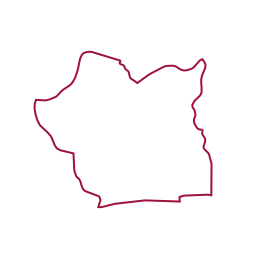 the Region of Maritime, rotated 13°
{"feature_id": "TGO-87", "entity_name": "Maritime", "entity_type": "Region", "adm_level": 1, "iso_a3": "TGO", "parent_name": "Togo", "parent_adm1": "", "projection": "natural_earth1", "projection_center": [1.275, 6.502], "detail": "fine", "context": "isolated", "style": "outline", "palette": "rose", "viewbox_px": 256, "rotation_deg": 13, "n_neighbors": 0, "source": "natural_earth", "source_scale": "10m", "svg_char_len": 1652}
<svg xmlns="http://www.w3.org/2000/svg" viewBox="0 0 256 256"><g transform="rotate(13 128 128)"><path d="M116.9,211.7L117.4,204.4L115.2,201.1L100.4,199.1L97.9,197.6L96.0,195.0L93.6,190.8L92.2,189.0L90.9,188.1L89.5,187.5L88.1,186.3L85.3,181.7L80.6,165.0L66.9,164.9L63.2,163.8L60.9,161.7L55.0,153.6L50.5,150.3L41.6,145.2L37.8,140.7L35.0,135.7L32.8,130.7L31.7,125.6L32.0,121.3L34.1,120.9L41.3,119.7L44.3,118.4L50.6,113.9L51.2,113.2L52.4,111.5L54.2,108.1L55.9,105.6L61.2,100.0L62.4,98.3L63.3,96.8L64.1,94.8L65.3,90.2L66.0,82.1L65.7,72.2L66.0,69.7L66.6,67.2L67.3,65.8L68.2,64.8L69.8,63.8L71.6,62.9L75.1,62.0L104.4,64.0L105.2,64.2L105.6,64.8L105.2,66.3L105.5,67.0L106.3,67.4L109.4,67.9L110.2,68.4L110.8,69.1L111.2,70.0L111.8,70.8L112.6,71.3L113.5,71.8L114.4,72.1L115.5,72.8L115.9,73.2L116.2,73.5L118.3,77.8L118.9,78.5L119.6,79.1L125.3,81.3L126.9,82.1L137.0,70.6L149.5,59.9L153.0,58.4L157.0,57.4L159.2,57.1L160.9,57.3L164.9,58.8L167.1,59.3L169.3,59.4L170.4,59.2L173.4,57.9L176.7,55.9L177.8,54.8L178.9,53.2L182.6,46.3L184.2,44.8L185.0,44.3L187.7,46.6L189.3,48.9L189.7,51.8L188.3,60.5L188.4,64.1L189.2,67.7L190.6,71.9L191.7,77.0L190.9,80.2L189.5,82.4L186.8,86.5L185.4,91.2L186.5,93.6L188.8,95.7L190.8,99.9L190.8,101.5L190.5,103.3L190.4,105.2L191.0,107.3L192.1,109.1L193.5,110.7L195.0,112.1L196.4,113.1L198.1,113.3L199.9,113.1L201.2,113.6L201.4,116.0L201.9,117.5L204.9,120.3L206.0,122.1L206.2,124.2L205.8,128.7L206.2,130.5L207.4,131.6L211.2,133.9L212.8,135.3L217.4,143.9L220.9,159.5L224.3,174.8L220.5,175.1L197.4,181.4L193.7,183.7L195.0,188.0L160.8,194.7L132.3,204.8L119.5,211.3L118.0,211.4L116.9,211.7Z" fill="none" stroke="#9f1239" stroke-width="2"/></g></svg>